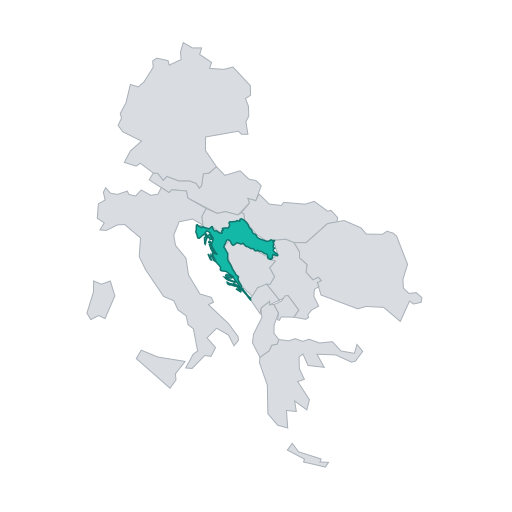 map of Croatia with Austria, Hungary, Romania and 9 others greyed out, rotated 17°
{"feature_id": "HRV", "entity_name": "Croatia", "entity_type": "country or territory", "adm_level": 0, "iso_a3": "HRV", "parent_name": "Europe", "parent_adm1": "", "projection": "robinson", "projection_center": [16.337, 44.484], "detail": "fine", "context": "with_neighbors", "style": "filled", "palette": "teal", "viewbox_px": 512, "rotation_deg": 17, "n_neighbors": 12, "source": "natural_earth", "source_scale": "50m", "svg_char_len": 9694}
<svg xmlns="http://www.w3.org/2000/svg" viewBox="0 0 512 512"><g transform="rotate(17 256 256)"><path d="M240.4,187.2L239.7,203.2L231.5,203.3L234.3,207.2L226.7,222.0L213.9,222.5L206.5,226.6L173.7,220.5L170.5,214.2L156.1,217.3L154.3,220.8L131.6,214.4L133.5,206.7L138.0,205.7L145.2,210.7L147.4,205.9L160.2,206.7L170.6,203.5L177.5,204.0L182.0,207.7L183.4,204.7L181.6,192.8L186.8,190.5L192.0,182.1L202.6,188.0L215.9,179.2L227.0,184.7L233.8,183.8L240.4,187.2Z" fill="#d9dde1" stroke="#a8b0b8" stroke-width="1"/><path d="M314.4,190.4L322.6,195.3L323.8,200.2L315.0,204.0L300.0,228.7L288.3,232.1L279.2,231.3L262.6,238.8L250.4,235.3L234.8,225.3L231.9,219.1L229.5,218.9L234.3,207.2L231.5,203.3L239.7,203.2L240.7,195.8L253.5,202.5L265.6,200.2L266.8,196.6L287.8,192.1L295.8,186.7L311.4,192.2L314.4,190.4Z" fill="#d9dde1" stroke="#a8b0b8" stroke-width="1"/><path d="M406.4,243.7L413.2,247.1L419.9,244.2L426.8,247.3L427.5,252.0L420.6,255.9L416.0,254.2L413.1,276.4L393.1,267.8L375.9,272.1L368.7,276.8L329.6,274.3L322.3,263.5L325.6,260.4L321.9,258.1L317.4,262.2L308.6,256.9L307.3,249.3L298.2,245.1L296.4,239.3L288.3,232.1L300.0,228.7L315.0,204.0L329.9,196.3L348.2,198.4L355.1,202.8L370.6,198.3L374.0,194.0L380.1,194.0L384.6,195.8L403.4,219.7L403.3,235.4L406.4,243.7Z" fill="#d9dde1" stroke="#a8b0b8" stroke-width="1"/><path d="M200.7,94.7L203.8,103.8L199.9,108.5L204.9,114.9L208.2,124.4L207.1,130.6L212.7,142.0L206.4,143.8L202.7,141.8L173.0,156.9L176.8,169.9L192.0,182.1L186.8,190.5L181.6,192.8L183.4,204.7L182.0,207.7L177.5,204.0L170.6,203.5L160.2,206.7L147.4,205.9L145.2,210.7L138.0,205.7L133.5,206.7L118.2,201.1L115.1,205.1L102.7,205.0L105.2,192.0L113.0,179.6L92.4,176.2L85.9,171.4L87.1,163.5L84.5,159.4L86.9,147.4L85.7,128.7L94.1,128.7L98.1,122.0L102.5,105.6L100.2,99.6L103.2,95.8L114.8,94.9L117.2,98.8L127.0,90.0L124.2,83.3L124.0,73.2L134.3,75.6L143.2,72.9L143.2,79.7L157.0,83.9L156.7,90.2L170.8,86.9L178.7,82.0L200.7,94.7Z" fill="#d9dde1" stroke="#a8b0b8" stroke-width="1"/><path d="M385.7,432.1L384.0,437.6L361.7,439.1L361.7,436.1L342.7,432.4L345.4,424.6L354.0,430.8L377.6,431.1L377.4,434.3L385.7,432.1ZM331.1,320.1L342.2,320.6L354.1,315.6L365.0,322.0L378.6,320.3L378.4,311.1L385.9,316.0L381.8,327.5L378.3,329.6L361.1,327.3L343.0,332.1L353.8,342.5L337.8,345.5L329.5,336.0L326.7,340.0L330.4,351.1L338.3,359.8L332.6,363.9L349.1,377.8L349.6,388.3L335.3,383.4L340.0,392.9L330.3,394.8L336.6,411.2L326.3,411.5L313.5,403.4L304.6,376.2L290.5,357.0L289.4,351.7L296.3,342.7L297.1,336.7L302.0,334.1L302.2,329.2L312.0,327.6L317.7,323.6L325.8,323.9L331.1,320.1Z" fill="#d9dde1" stroke="#a8b0b8" stroke-width="1"/><path d="M302.2,329.2L302.0,334.1L297.1,336.7L296.3,342.7L289.4,351.7L278.0,340.1L276.5,331.4L279.6,313.1L275.9,304.3L282.3,295.2L283.3,298.7L287.3,297.1L294.2,303.9L293.5,316.8L295.8,324.7L302.2,329.2Z" fill="#d9dde1" stroke="#a8b0b8" stroke-width="1"/><path d="M145.5,218.2L154.3,220.8L156.1,217.3L170.5,214.2L173.7,220.5L194.5,225.2L192.8,234.1L196.2,241.9L184.5,239.2L172.5,245.7L171.2,260.0L175.9,269.4L189.7,278.6L197.0,293.9L213.5,308.7L225.3,308.6L228.9,312.7L224.7,316.4L249.3,328.6L262.3,338.2L263.9,341.6L261.2,348.3L252.7,339.6L239.5,336.6L233.1,348.6L244.1,355.4L242.4,365.1L236.0,366.2L227.8,382.2L221.5,383.6L224.7,368.0L228.0,364.0L217.4,343.9L211.2,341.6L206.7,333.6L197.1,330.3L190.6,322.9L179.5,321.7L154.4,301.4L144.5,290.7L140.3,272.5L121.2,264.3L114.3,266.8L105.4,275.3L99.1,276.7L101.2,268.7L93.2,266.4L90.0,252.1L95.4,246.6L91.4,239.7L92.3,234.6L98.4,238.5L105.5,237.6L114.0,231.5L116.4,234.3L123.4,233.8L126.9,226.4L137.6,228.7L144.1,225.6L145.5,218.2ZM191.7,381.3L219.0,377.6L213.4,392.2L215.7,398.0L212.4,407.6L171.5,389.1L173.8,379.6L191.7,381.3ZM116.3,328.2L124.0,322.5L132.7,335.5L129.9,360.0L123.0,358.9L116.6,365.1L111.0,360.1L111.1,337.8L108.0,327.3L116.3,328.2Z" fill="#d9dde1" stroke="#a8b0b8" stroke-width="1"/><path d="M194.5,225.2L206.5,226.6L213.9,222.5L226.7,222.0L229.5,218.9L231.9,219.1L234.8,225.3L223.1,230.1L221.7,237.5L216.6,239.3L216.6,244.4L205.9,241.1L203.1,244.1L192.9,243.5L196.2,241.9L192.8,234.1L194.5,225.2Z" fill="#d9dde1" stroke="#a8b0b8" stroke-width="1"/><path d="M264.7,295.9L251.4,289.0L233.2,270.3L222.8,256.0L225.9,248.4L231.2,252.5L234.4,248.8L241.3,248.4L276.2,255.1L272.6,263.3L279.9,270.3L277.8,279.0L266.8,285.8L264.7,295.9Z" fill="#d9dde1" stroke="#a8b0b8" stroke-width="1"/><path d="M268.0,236.1L279.2,231.3L288.3,232.1L296.4,239.3L298.2,245.1L307.3,249.3L308.6,256.9L317.4,262.2L321.9,258.1L325.6,260.4L322.3,263.5L325.1,266.7L321.6,270.9L323.1,277.6L330.6,285.6L325.0,291.3L322.7,297.2L324.4,299.4L322.0,302.0L310.0,303.4L312.7,295.3L298.2,284.5L290.0,292.9L291.2,291.3L274.3,279.8L277.8,279.0L279.9,270.3L272.6,263.3L276.2,255.1L270.9,255.2L276.4,248.3L268.0,236.1Z" fill="#d9dde1" stroke="#a8b0b8" stroke-width="1"/><path d="M291.2,291.3L283.3,298.7L282.3,295.2L275.9,304.3L277.0,310.2L263.1,299.1L266.8,285.8L274.3,279.8L291.2,291.3Z" fill="#d9dde1" stroke="#a8b0b8" stroke-width="1"/><path d="M295.3,310.6L294.2,303.9L287.3,297.1L293.6,291.6L295.5,285.5L298.2,284.5L312.7,295.3L310.0,303.4L297.8,307.0L297.2,310.7L295.3,310.6Z" fill="#d9dde1" stroke="#a8b0b8" stroke-width="1"/><path d="M190.9,243.2L191.4,244.0L195.3,244.8L196.1,244.4L196.6,243.8L196.6,243.5L197.0,243.4L198.3,243.9L199.4,243.8L201.2,243.8L202.5,243.9L203.4,243.4L204.5,241.8L205.0,240.9L205.5,240.7L205.8,240.8L206.0,241.5L206.6,242.2L207.9,243.4L208.7,243.9L209.5,244.1L210.3,243.7L211.1,243.5L213.4,244.4L215.3,244.6L216.8,244.1L216.6,243.5L216.1,242.8L216.0,242.1L216.1,241.5L217.1,240.9L217.0,240.6L215.8,239.6L215.9,239.3L218.5,238.1L221.0,237.5L221.4,236.9L221.6,236.2L221.8,234.7L221.6,233.6L220.6,232.5L220.5,231.9L220.8,231.3L221.2,230.8L222.2,230.6L223.4,230.2L224.3,229.7L225.5,229.4L226.5,228.9L227.5,227.7L228.1,227.5L229.8,227.7L230.2,227.4L230.0,225.6L230.3,225.2L230.9,225.0L231.2,224.7L232.8,224.9L234.1,225.3L234.9,225.6L237.5,226.9L239.3,228.3L240.3,229.8L241.6,231.0L243.4,231.9L244.7,233.0L245.7,234.5L247.1,235.3L248.9,235.5L250.1,236.0L250.6,236.8L251.6,237.6L253.0,238.2L255.3,238.6L259.7,238.7L260.1,238.7L261.1,238.9L262.3,238.7L263.7,238.1L264.2,237.8L265.6,236.1L266.4,236.3L268.1,236.1L269.1,235.7L269.1,236.1L269.0,236.9L268.2,237.4L269.0,238.7L269.8,240.7L269.4,241.7L269.9,242.5L271.4,243.0L271.6,243.3L271.1,243.5L270.7,244.2L270.7,245.4L272.0,246.5L274.7,247.6L275.5,247.7L275.9,248.2L276.3,248.4L276.6,248.8L276.6,249.2L276.4,249.5L275.2,249.6L273.7,249.6L272.7,249.1L272.6,249.4L272.6,249.9L271.6,250.1L272.2,253.1L272.0,254.0L271.7,254.3L271.3,254.1L270.9,254.1L270.7,254.4L270.9,255.0L269.9,255.1L268.4,254.8L267.6,254.2L267.5,253.6L267.5,253.0L267.0,252.1L265.7,251.2L263.2,251.1L262.2,250.8L261.2,250.4L260.2,250.2L259.2,250.2L258.0,250.5L255.9,250.0L255.2,250.6L254.1,251.2L253.2,251.2L251.4,249.7L250.9,249.7L249.3,250.4L248.6,250.4L248.1,250.2L246.0,249.6L245.0,249.5L244.3,249.8L243.1,249.5L240.0,247.6L238.1,249.0L234.3,248.7L233.2,249.7L231.9,251.6L230.8,252.5L229.9,252.1L228.8,251.3L226.9,249.2L225.9,248.8L224.8,248.7L223.9,248.9L223.4,249.4L223.0,252.5L222.6,255.3L222.6,256.9L224.7,258.5L227.2,261.1L228.0,261.5L228.4,262.3L229.0,264.6L229.6,267.1L230.9,268.8L232.1,270.0L233.5,271.0L235.2,272.7L236.7,274.5L237.0,275.1L239.9,277.5L242.6,280.0L245.0,280.8L245.4,281.3L245.4,283.1L245.7,283.8L247.3,285.8L250.7,288.7L251.1,289.4L251.2,289.8L251.0,290.2L250.1,290.6L249.4,290.2L246.3,287.4L243.3,285.6L239.9,282.2L235.4,280.9L232.3,279.5L230.4,279.7L228.4,280.1L227.1,280.2L226.2,279.9L225.6,279.0L225.7,278.3L225.6,277.4L223.8,275.9L221.3,274.5L219.0,272.7L214.4,267.9L213.5,266.3L214.4,266.0L215.1,266.0L215.9,265.7L217.1,265.7L218.6,266.0L217.3,265.0L215.7,264.0L211.4,259.9L210.1,258.0L210.0,256.0L210.3,253.2L209.6,251.2L206.3,248.6L205.1,247.2L202.7,246.4L201.6,246.5L201.0,247.5L200.5,249.7L198.3,252.7L197.6,254.0L196.4,255.7L195.5,255.8L194.9,255.6L193.2,252.8L191.5,250.7L191.3,249.7L191.2,248.4L190.0,243.9L190.9,243.2ZM262.9,297.6L262.9,298.3L263.5,299.0L264.1,299.9L261.3,298.2L258.7,296.2L253.7,293.2L250.1,292.5L245.2,290.1L242.0,289.2L243.2,289.0L244.6,289.0L252.2,292.2L251.3,291.4L252.4,291.0L253.3,291.3L253.9,292.3L255.1,293.0L257.0,294.2L258.2,295.2L260.9,296.9L261.5,297.1L262.9,297.6ZM204.1,258.9L204.0,259.6L203.1,258.7L202.7,257.1L201.6,254.5L201.4,253.7L202.0,253.0L202.0,252.3L201.2,250.0L201.9,249.6L202.3,249.6L202.4,251.2L202.8,252.1L203.9,253.2L203.6,255.0L203.8,257.7L204.0,258.3L204.1,258.9ZM208.9,253.0L207.1,253.4L206.2,252.7L206.0,252.2L204.5,252.0L203.6,251.2L203.4,250.8L204.7,250.0L205.4,248.5L206.3,249.4L207.3,251.0L207.9,251.4L208.9,253.0ZM238.1,284.5L235.8,284.5L233.7,284.2L232.7,283.6L232.8,283.2L233.1,282.3L235.4,282.4L238.9,283.0L239.7,283.7L239.4,284.0L238.1,284.5ZM244.2,287.2L243.2,287.4L236.6,287.2L234.6,286.8L232.5,285.8L232.0,285.5L234.2,285.3L236.2,285.5L236.8,286.3L242.2,286.8L244.2,287.2ZM214.4,264.9L214.1,265.4L213.1,264.5L212.2,263.8L211.6,263.0L210.4,262.1L210.0,261.0L208.1,258.8L207.9,258.2L208.8,259.1L209.5,259.7L210.2,259.8L211.8,261.2L213.3,263.0L215.2,264.6L214.8,264.6L214.4,264.9ZM236.1,289.5L238.9,290.1L240.9,289.8L242.7,290.1L243.9,290.7L244.2,291.0L242.7,291.0L241.0,290.8L239.1,291.4L237.5,291.1L236.8,290.7L236.4,290.2L236.1,289.5ZM214.4,272.5L214.6,272.8L213.8,272.7L213.6,272.8L210.0,268.7L209.6,268.0L210.9,268.9L214.4,272.5ZM209.2,257.1L209.6,257.9L208.2,257.1L206.9,256.9L206.7,256.3L206.9,255.9L207.1,255.4L208.1,255.5L208.2,255.9L209.2,257.1ZM250.4,293.7L252.5,295.0L246.5,293.3L247.2,293.2L247.8,293.2L250.4,293.7ZM217.1,271.5L218.1,272.9L217.2,272.6L216.2,271.8L215.6,270.9L217.1,271.5ZM215.0,269.9L215.3,270.6L213.4,269.3L212.7,268.5L212.6,268.1L215.0,269.9Z" fill="#14b8a6" stroke="#0f766e" stroke-width="1.5"/></g></svg>